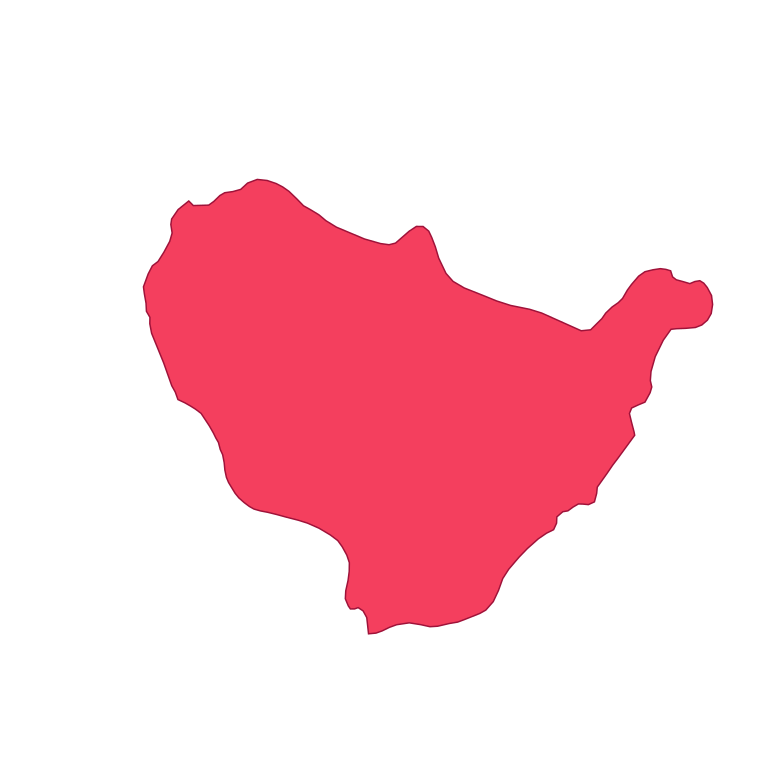 outline of Ndolou, Ngounié, Gabon, rotated 296°
{"feature_id": "22940354B46648613640917", "entity_name": "Ndolou", "entity_type": "district", "adm_level": 2, "iso_a3": "GAB", "parent_name": "Gabon", "parent_adm1": "Ngounié", "projection": "mercator", "projection_center": [10.279, -1.522], "detail": "fine", "context": "isolated", "style": "filled", "palette": "rose", "viewbox_px": 768, "rotation_deg": 296, "n_neighbors": 0, "source": "geoboundaries", "source_scale": "gbopen_adm2", "svg_char_len": 2403}
<svg xmlns="http://www.w3.org/2000/svg" viewBox="0 0 768 768"><g transform="rotate(296 384 384)"><path d="M611.4,592.0L610.6,587.1L608.8,581.8L604.6,575.7L599.3,569.3L592.6,565.6L581.9,562.8L575.2,561.6L565.5,560.9L559.8,558.9L553.1,555.2L544.9,552.2L538.3,551.2L532.3,549.1L523.3,546.0L518.3,537.9L516.9,494.6L515.0,482.2L510.1,463.3L508.0,448.7L507.2,436.6L505.5,414.0L506.5,401.1L510.6,391.2L521.1,378.0L529.8,370.0L536.6,362.7L541.0,357.2L542.7,350.1L539.8,344.0L532.5,339.7L523.3,335.8L515.7,332.6L511.4,327.5L508.7,319.3L505.8,303.0L504.1,272.6L505.3,260.3L507.5,251.5L508.4,242.0L508.9,233.5L512.1,224.6L515.5,214.1L516.7,206.6L516.9,199.3L515.7,189.8L512.3,180.4L504.8,173.3L496.1,169.9L490.7,163.8L486.1,157.0L481.5,153.9L473.5,151.0L467.9,148.0L460.8,134.4L462.9,128.3L450.6,122.5L439.2,120.8L433.9,122.5L426.8,127.4L418.3,128.9L406.0,128.4L395.0,127.2L388.7,124.0L379.5,123.8L365.9,125.2L360.0,129.1L352.3,134.7L345.2,138.6L341.3,144.4L335.5,147.1L327.7,152.9L306.4,176.7L289.4,194.0L285.2,200.0L279.7,205.6L279.8,213.2L279.4,219.6L278.8,225.3L277.4,232.5L269.9,245.2L265.2,252.1L261.7,256.6L258.9,260.8L253.3,265.6L249.7,270.0L243.3,274.8L236.9,278.7L231.0,283.3L227.3,287.5L220.5,298.1L218.0,303.5L216.1,310.4L214.9,316.7L214.6,321.9L215.8,328.7L217.7,335.7L219.7,345.0L221.6,355.1L223.9,366.2L225.4,376.1L225.9,388.7L224.8,401.9L223.0,411.1L219.4,417.8L213.9,425.6L208.2,431.2L200.3,434.9L191.7,437.8L181.3,440.3L174.0,443.4L168.9,449.2L167.1,452.4L169.0,456.2L171.7,458.8L170.9,464.7L166.5,470.9L160.5,474.7L152.7,479.6L156.6,486.0L161.2,490.5L167.6,495.5L173.2,500.9L180.4,511.4L183.8,522.5L186.0,531.7L189.8,538.4L197.3,547.6L202.3,554.6L207.7,559.7L219.8,570.7L225.4,574.6L236.3,577.6L248.6,577.4L261.2,576.0L272.2,577.3L287.3,581.2L299.0,585.0L312.6,590.6L321.2,595.5L327.4,600.3L334.6,600.1L340.3,597.6L347.6,600.7L350.6,604.9L356.3,607.9L361.4,611.3L363.3,615.5L365.2,620.6L370.3,624.8L378.9,623.1L384.8,620.9L401.7,623.7L411.3,625.1L419.9,626.8L447.8,631.8L450.5,629.8L458.3,623.1L465.1,617.5L471.0,617.1L476.9,621.9L482.1,626.5L492.8,627.0L498.7,626.0L503.8,621.9L512.3,618.5L527.4,615.8L545.8,615.8L559.0,618.0L561.9,622.6L566.2,630.6L571.3,639.1L576.4,643.8L583.2,646.7L590.8,647.2L599.5,644.5L607.1,639.6L612.4,632.3L614.8,627.2L615.3,622.6L612.4,618.5L608.3,614.9L607.1,607.8L605.8,601.0L606.8,596.4L611.4,592.0Z" fill="#f43f5e" stroke="#9f1239" stroke-width="1.5"/></g></svg>